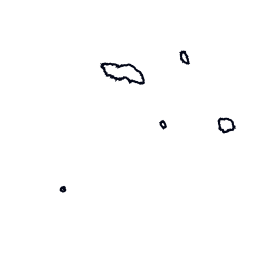 San Cristobal, Galápagos, Ecuador (orthographic projection), rotated 232°
{"feature_id": "8360857B96374734157472", "entity_name": "San Cristobal", "entity_type": "district", "adm_level": 2, "iso_a3": "ECU", "parent_name": "Ecuador", "parent_adm1": "Galápagos", "projection": "orthographic", "projection_center": [-89.85, -0.532], "detail": "fine", "context": "isolated", "style": "outline", "palette": "ink", "viewbox_px": 256, "rotation_deg": 232, "n_neighbors": 0, "source": "geoboundaries", "source_scale": "gbopen_adm2", "svg_char_len": 5837}
<svg xmlns="http://www.w3.org/2000/svg" viewBox="0 0 256 256"><g transform="rotate(232 128 128)"><path d="M182.6,144.0L182.5,143.9L182.4,144.2L181.7,144.4L181.3,145.1L181.5,145.6L181.2,145.8L181.1,145.5L180.9,145.9L180.1,146.3L180.1,146.7L179.6,146.6L178.9,146.9L178.7,146.6L178.8,146.8L178.7,147.0L178.6,146.8L178.5,147.2L178.8,147.2L178.3,147.4L178.1,147.2L177.8,147.6L177.5,147.1L177.2,147.0L177.4,147.2L177.2,147.3L177.1,147.1L176.6,148.0L175.2,148.2L175.1,148.8L174.7,148.9L174.6,149.2L174.1,148.9L173.8,149.3L173.5,149.0L173.6,149.7L173.4,150.2L173.0,150.5L172.6,150.4L171.7,151.3L171.2,151.0L171.1,151.4L170.8,151.7L171.4,152.1L171.5,152.4L171.2,152.8L171.4,152.8L171.1,153.1L170.7,153.0L170.9,153.8L170.0,154.4L170.3,155.1L170.0,155.7L170.4,155.7L170.5,156.0L169.8,156.5L169.6,156.9L168.7,157.7L167.1,157.8L166.9,158.2L166.6,158.1L166.3,158.1L165.8,158.4L165.2,158.3L164.9,158.6L164.7,158.5L164.7,157.9L164.2,157.9L163.8,157.7L163.0,157.8L162.8,157.7L162.8,158.3L162.6,158.4L162.8,158.8L163.1,158.8L163.2,159.1L162.9,159.4L163.1,159.9L162.8,160.1L162.6,160.7L162.0,160.8L161.9,160.7L161.8,160.8L161.1,161.4L161.1,161.7L159.8,162.1L159.5,162.3L159.6,162.6L158.7,163.2L158.6,163.5L157.4,163.8L156.9,164.4L156.1,164.6L156.0,165.0L155.5,164.9L155.3,165.1L155.4,165.5L155.6,165.5L155.7,166.2L155.4,166.5L155.0,166.3L154.5,166.3L154.2,166.7L154.2,167.0L153.8,167.9L153.9,168.2L154.2,168.2L154.4,168.5L155.1,168.7L156.1,169.9L156.7,169.8L157.7,170.3L158.0,170.2L158.0,170.4L158.4,170.4L158.4,170.6L159.1,170.6L159.7,171.2L160.5,171.2L160.8,171.6L161.2,171.7L161.6,171.3L161.7,171.6L162.2,171.7L163.1,171.5L163.1,171.8L163.3,171.9L163.7,171.8L164.6,172.0L166.1,171.3L166.3,171.3L166.5,170.9L167.0,170.7L167.3,170.7L167.6,170.4L167.9,170.5L168.0,170.4L168.4,170.5L168.8,170.2L169.7,170.0L171.4,170.3L172.4,170.1L173.0,169.7L173.4,169.8L174.0,169.7L174.3,169.5L174.5,169.0L175.3,168.8L175.8,168.8L176.1,168.5L176.4,168.6L177.0,168.0L177.5,167.8L177.9,166.9L178.0,166.0L178.2,165.6L178.5,165.4L178.9,164.8L178.8,164.7L179.9,163.7L180.1,162.8L180.4,162.3L180.3,162.0L180.6,161.8L181.1,161.8L181.2,161.5L181.4,161.4L181.3,160.8L181.4,160.3L181.2,160.2L181.6,159.5L181.5,159.2L181.4,159.1L181.4,158.9L181.8,158.6L182.0,158.6L182.0,158.4L182.2,158.6L182.5,158.3L182.4,158.6L182.6,158.6L182.6,158.4L182.4,158.2L182.6,157.9L182.8,157.9L183.0,157.6L183.2,157.9L183.4,157.5L183.6,158.0L183.8,157.7L184.1,158.0L184.3,157.8L184.7,157.8L185.9,157.1L185.9,156.9L186.3,156.7L186.5,156.4L187.0,156.1L187.2,154.8L187.5,154.8L187.9,154.5L188.0,154.6L188.1,154.4L188.3,154.4L189.6,153.6L190.4,151.6L190.5,151.1L190.8,150.9L191.0,151.0L191.1,150.8L190.9,150.7L191.1,150.4L191.5,150.7L191.7,150.3L192.4,150.1L192.4,149.7L192.7,149.5L192.6,149.4L192.6,148.9L193.0,148.5L193.8,148.0L194.0,147.5L193.9,146.8L193.6,146.6L193.4,146.8L193.2,146.7L192.7,146.7L192.7,146.4L193.0,146.3L192.6,146.2L192.6,145.9L192.9,145.1L192.5,145.1L192.1,144.7L191.5,144.9L191.3,145.2L190.9,145.2L191.0,145.3L190.7,145.8L190.0,145.9L189.8,146.1L189.4,145.7L188.7,145.6L187.7,144.9L187.5,144.4L187.3,144.3L186.3,144.4L186.1,144.7L185.5,144.6L185.3,144.3L184.6,144.5L184.3,144.1L184.1,144.4L183.9,144.0L182.6,144.0ZM71.0,199.6L70.7,199.7L70.6,200.1L70.0,200.0L69.8,200.3L69.5,200.2L69.5,200.5L69.3,200.6L69.1,200.4L68.5,201.2L68.0,201.3L67.9,201.6L67.0,201.4L66.8,200.7L66.5,200.6L66.1,200.8L65.8,200.7L65.4,200.9L65.1,202.3L65.0,202.5L64.8,202.4L64.5,202.8L64.3,203.7L64.5,204.2L64.3,204.5L64.3,204.9L64.6,205.0L64.8,205.2L64.8,205.5L64.3,205.5L64.3,205.9L64.0,206.0L63.9,205.9L63.9,206.2L63.6,206.7L63.8,207.4L63.5,207.4L63.0,207.8L62.8,208.5L62.4,209.2L62.0,209.4L62.4,210.5L62.7,210.9L63.1,210.8L63.3,211.1L63.4,211.7L63.2,211.9L63.8,211.9L64.0,212.0L63.9,212.3L64.3,212.2L64.3,212.5L64.7,212.3L66.5,212.9L66.6,213.2L67.1,213.5L67.5,213.6L68.0,214.1L68.8,213.8L70.1,214.0L70.9,213.8L71.7,213.3L72.2,212.7L72.8,212.4L73.4,212.5L73.6,212.4L73.8,212.0L75.0,211.0L75.4,210.0L75.7,209.8L75.8,209.4L75.5,209.1L75.7,208.9L76.0,208.9L76.7,208.0L77.3,207.8L77.3,207.5L77.2,207.4L77.7,207.0L77.6,206.3L78.1,205.5L78.2,205.3L78.4,205.5L78.4,205.4L77.8,203.9L77.6,204.0L77.4,203.7L76.6,203.7L76.4,203.1L75.6,202.5L74.7,202.1L74.1,202.2L73.4,201.5L72.2,201.0L71.6,201.0L71.2,200.7L71.1,200.3L71.4,199.8L71.0,199.6ZM150.2,212.6L149.7,212.4L149.7,212.6L149.4,212.5L148.9,212.9L148.2,212.6L148.1,212.9L147.6,213.0L147.1,212.6L146.6,212.8L146.3,212.5L146.2,213.0L144.6,213.2L143.7,214.0L142.8,214.0L142.5,214.4L142.6,214.7L142.3,215.1L141.7,215.2L141.7,215.6L142.2,215.5L142.9,216.3L143.9,216.5L144.6,216.9L145.1,217.4L145.4,217.5L145.7,217.4L145.9,217.7L146.6,217.6L146.9,217.8L147.4,217.7L147.8,218.6L148.1,218.4L148.4,218.4L148.8,218.6L149.2,218.6L149.2,218.8L149.9,218.8L150.2,218.6L150.8,218.9L151.6,218.8L151.9,219.1L152.1,218.9L152.3,219.0L152.5,218.8L152.9,219.4L153.0,219.2L153.2,219.4L153.6,219.2L153.9,218.9L153.7,218.1L154.0,217.6L154.6,217.7L154.8,217.6L154.5,217.1L154.6,216.9L153.9,216.6L153.9,216.3L154.2,216.0L153.9,216.0L153.9,215.7L153.5,215.7L153.3,214.7L152.9,214.5L152.5,214.7L151.7,213.7L150.5,213.4L150.2,213.0L150.3,212.8L150.2,212.6ZM110.5,155.8L105.9,155.8L105.9,156.0L106.2,156.3L106.4,156.5L106.5,156.9L105.8,157.5L105.6,157.8L105.7,158.5L106.0,158.8L106.8,158.9L107.9,159.5L109.3,159.8L109.6,159.7L110.2,160.0L110.6,159.7L111.0,159.9L111.9,159.8L111.9,159.5L112.3,158.6L111.8,158.2L112.0,157.8L111.8,157.5L112.0,157.3L111.5,156.8L111.7,156.6L111.0,156.4L110.8,156.0L110.5,155.8ZM119.9,36.6L119.1,37.2L118.1,37.5L117.6,38.4L117.4,39.7L117.5,40.1L117.8,40.3L118.1,40.6L118.9,40.7L118.9,40.1L119.2,39.8L119.5,39.6L120.5,39.5L120.8,40.0L120.8,40.8L119.8,41.1L119.9,41.4L120.3,41.5L120.9,41.3L120.9,41.0L121.1,40.8L121.0,40.5L121.7,39.7L121.8,39.0L121.5,37.8L121.2,37.7L120.8,37.0L120.6,37.0L120.3,36.6L119.9,36.6Z" fill="none" stroke="#020617" stroke-width="2"/></g></svg>